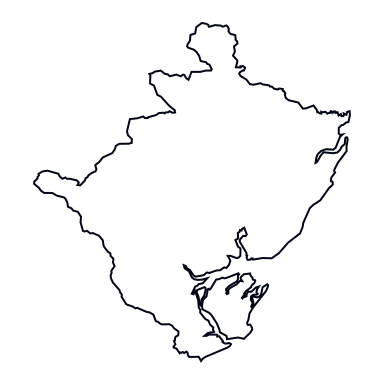 Angoche, Nampula, Mozambique (Albers equal-area conic projection)
{"feature_id": "85939544B28799715012212", "entity_name": "Angoche", "entity_type": "district", "adm_level": 2, "iso_a3": "MOZ", "parent_name": "Mozambique", "parent_adm1": "Nampula", "projection": "albers", "projection_center": [39.817, -16.095], "detail": "fine", "context": "isolated", "style": "outline", "palette": "ink", "viewbox_px": 384, "rotation_deg": 0, "n_neighbors": 0, "source": "geoboundaries", "source_scale": "gbopen_adm2", "svg_char_len": 5994}
<svg xmlns="http://www.w3.org/2000/svg" viewBox="0 0 384 384"><path d="M349.9,115.6L349.6,111.2L347.0,112.0L346.4,114.8L343.7,113.4L343.8,115.5L342.8,116.3L341.3,115.9L340.9,114.1L338.6,115.5L337.5,112.2L336.2,112.4L335.7,113.6L335.6,111.8L334.9,111.4L333.7,111.5L333.5,112.4L331.7,111.5L331.6,112.6L330.5,111.6L329.8,113.0L328.2,112.9L327.4,113.7L325.4,111.8L322.4,112.3L321.2,111.8L321.3,113.5L319.4,113.2L318.1,112.0L317.3,112.2L316.9,110.1L313.5,105.5L306.5,108.2L303.0,108.7L298.2,102.5L288.5,100.2L285.8,98.0L284.8,94.4L285.3,93.2L283.7,91.0L282.7,90.7L282.8,89.0L279.2,88.5L277.9,89.5L274.3,88.8L271.8,86.6L270.0,86.5L269.2,85.4L262.3,84.3L260.6,83.2L253.5,84.7L250.0,84.2L246.3,79.5L240.7,76.1L239.2,73.8L239.6,72.5L242.6,70.5L244.0,70.5L245.1,67.7L242.8,65.9L241.8,66.5L240.5,66.3L240.6,67.4L235.9,67.3L237.4,61.4L237.1,60.1L233.0,55.7L234.9,51.6L234.0,46.4L237.4,43.6L237.2,41.4L235.7,39.9L235.3,35.1L230.7,34.0L229.6,32.9L228.5,31.1L228.8,29.0L227.9,26.9L226.2,25.4L222.8,26.7L220.8,25.6L215.1,25.1L209.6,26.7L208.8,26.7L208.1,24.8L206.3,23.8L201.8,23.0L196.3,27.1L195.1,33.5L190.5,34.9L189.9,40.8L187.5,44.6L187.1,46.4L188.2,47.7L193.9,49.7L196.6,52.0L199.2,56.0L200.7,61.0L206.2,62.3L207.3,63.9L209.5,64.7L211.7,69.2L211.1,70.5L205.5,70.6L200.3,71.9L191.5,71.9L188.5,79.8L186.1,78.1L184.3,74.9L182.9,74.7L180.8,76.3L176.4,74.6L169.8,76.2L167.6,74.3L165.0,73.9L160.7,70.6L154.6,71.7L152.6,73.2L149.4,73.9L150.4,75.6L150.0,83.5L154.0,85.6L157.3,94.8L161.0,96.7L169.1,105.7L174.8,110.3L175.1,112.5L172.5,112.8L169.5,111.2L168.3,112.3L165.9,112.3L164.7,113.4L163.2,112.7L158.8,113.1L156.0,115.1L148.4,117.1L147.7,118.1L144.9,118.0L143.3,116.5L137.2,118.3L129.9,119.1L127.0,131.3L127.9,135.1L131.9,139.1L131.7,142.8L128.8,143.7L119.3,143.8L115.8,145.9L114.9,149.1L112.4,153.0L102.7,157.5L99.4,161.8L95.2,165.2L96.4,169.1L95.5,171.4L91.8,172.9L88.5,175.3L87.4,177.2L85.6,178.2L84.8,180.6L80.3,185.3L77.5,185.1L78.8,182.6L76.7,180.3L69.3,178.7L67.1,178.9L65.5,177.5L62.5,178.7L60.0,176.8L58.3,173.7L47.6,170.7L42.3,171.5L38.5,173.9L38.9,175.4L37.6,176.9L37.5,178.5L34.2,181.7L34.1,183.8L39.0,187.9L40.8,190.6L44.1,192.9L52.4,193.0L56.5,195.5L64.0,197.4L65.6,199.0L67.4,202.7L67.9,206.7L71.3,208.2L73.3,210.6L77.8,211.8L81.0,216.7L80.6,222.4L83.0,231.0L84.4,231.5L87.0,230.8L90.2,233.4L93.0,233.1L98.9,235.7L102.8,240.3L103.5,245.5L104.5,247.4L108.1,252.0L110.3,253.3L110.6,255.9L113.4,258.8L113.0,262.7L114.6,266.1L111.3,270.9L111.6,272.8L110.6,275.4L111.0,278.4L112.9,282.5L119.4,290.0L120.2,292.5L121.9,294.6L121.6,296.7L126.4,304.4L132.9,306.6L135.3,308.4L137.1,307.8L146.6,311.9L149.6,312.4L153.4,314.7L155.8,321.1L158.1,321.9L160.4,323.8L162.0,324.4L169.3,324.2L172.3,325.8L173.9,328.2L178.3,331.3L178.6,332.3L178.1,335.4L175.7,336.7L174.9,338.3L175.0,340.3L174.0,341.0L175.4,344.4L173.5,346.7L173.6,347.5L176.5,348.6L179.6,353.2L180.2,352.4L181.2,352.9L182.9,352.0L184.2,353.0L186.5,351.6L187.5,352.6L187.8,354.9L189.1,356.9L198.7,356.8L201.1,361.0L202.6,358.8L205.4,356.9L227.4,347.6L230.0,345.9L231.0,344.1L229.4,343.0L225.5,343.7L223.4,342.7L222.4,341.8L222.9,341.1L219.1,336.2L217.2,336.5L217.3,335.0L216.3,334.6L209.2,334.6L206.5,335.9L204.4,335.9L208.0,332.9L214.0,331.9L213.0,329.5L213.3,327.5L210.1,324.7L208.4,320.6L205.3,319.0L200.2,312.7L200.3,310.2L198.7,307.2L198.2,300.1L195.1,291.1L193.5,294.3L191.8,293.7L195.2,286.6L197.5,285.7L198.5,284.2L202.7,283.3L207.3,278.2L202.3,279.6L197.8,279.9L194.3,279.3L191.9,277.4L188.9,271.2L184.7,268.4L183.8,265.2L185.7,266.0L187.1,268.4L189.9,270.0L193.6,275.5L195.6,276.7L203.9,275.1L206.7,272.5L209.3,273.0L216.6,270.4L220.0,270.3L224.2,267.4L226.4,267.9L229.1,264.7L230.3,260.4L227.8,255.9L230.3,255.8L236.8,258.1L238.9,257.4L240.3,255.9L240.5,249.2L240.1,248.1L238.0,246.7L235.4,240.0L238.1,238.5L237.8,233.0L239.6,231.7L239.9,230.1L241.5,230.5L241.9,229.1L244.2,227.7L246.8,234.5L245.6,236.1L243.1,235.9L240.1,239.4L239.6,241.4L246.6,253.3L246.3,255.0L247.2,255.6L246.6,257.7L247.6,259.8L249.9,259.8L251.4,258.3L252.4,258.5L251.9,259.2L253.0,259.6L262.8,258.0L271.7,258.3L279.0,253.1L288.1,242.6L300.0,233.5L302.6,227.1L303.3,222.8L309.8,208.2L313.2,204.9L320.3,200.3L329.0,188.1L332.7,184.7L332.8,182.3L332.3,181.5L331.1,181.4L330.8,180.0L331.4,177.5L335.1,172.5L334.2,171.2L334.3,169.7L338.1,162.4L346.6,151.1L346.5,146.5L347.7,139.4L347.1,137.5L346.1,137.3L345.3,138.0L344.7,144.1L341.7,146.7L340.0,149.9L337.4,152.5L333.0,153.2L323.5,152.3L320.7,155.6L316.9,162.2L315.5,162.9L316.4,157.4L317.8,154.1L321.2,150.9L326.1,149.2L333.2,149.7L335.7,147.6L340.1,136.6L342.6,134.5L340.1,134.9L338.7,133.5L338.8,127.8L341.7,125.1L343.3,124.9L346.0,122.5L348.3,122.2L349.9,115.6ZM237.9,279.2L238.0,275.4L239.1,274.4L238.4,273.3L226.5,277.9L224.2,278.3L222.7,277.6L218.8,279.2L216.2,279.5L210.4,289.1L209.7,289.6L208.9,288.7L207.8,289.2L206.5,296.4L203.1,299.9L202.4,302.9L202.0,306.7L202.6,309.4L209.1,312.8L211.3,314.9L216.9,323.5L219.6,330.1L219.8,332.2L226.6,336.0L227.0,339.2L238.0,337.5L243.9,338.8L250.2,332.8L252.1,329.7L252.1,328.2L250.4,324.7L247.8,324.9L247.0,323.2L248.4,319.7L249.5,313.5L252.9,307.7L266.1,290.9L267.9,286.7L268.1,285.0L267.2,284.3L262.6,287.2L261.1,294.5L259.8,296.3L257.3,297.4L253.3,296.5L251.9,296.9L253.6,303.2L253.0,305.3L250.8,307.3L252.7,302.9L250.8,299.8L251.1,296.5L253.1,294.8L256.8,294.6L257.7,293.9L256.4,292.2L257.0,289.6L258.9,286.5L255.8,287.6L251.3,291.8L248.2,291.6L246.7,294.2L246.4,296.4L243.0,297.4L242.5,298.4L241.9,297.9L243.2,296.1L245.7,295.1L245.4,294.1L244.1,293.8L246.1,291.0L251.0,287.3L251.6,285.4L254.3,283.1L255.3,280.8L254.9,280.1L252.9,279.6L252.4,277.8L250.1,274.7L250.1,273.5L243.7,274.3L240.7,277.3L240.7,278.7L242.3,281.2L240.0,280.8L236.5,284.4L230.4,287.8L228.3,289.8L228.4,293.3L227.0,294.1L226.2,293.1L227.0,291.3L226.0,290.2L226.2,289.0L229.3,285.8L237.0,281.3L237.9,279.2ZM201.3,305.9L201.5,299.6L204.2,295.7L205.6,289.8L205.5,288.0L204.6,287.1L197.2,290.0L196.6,292.4L198.3,296.2L200.1,305.0L201.3,305.9Z" fill="none" stroke="#020617" stroke-width="2"/></svg>